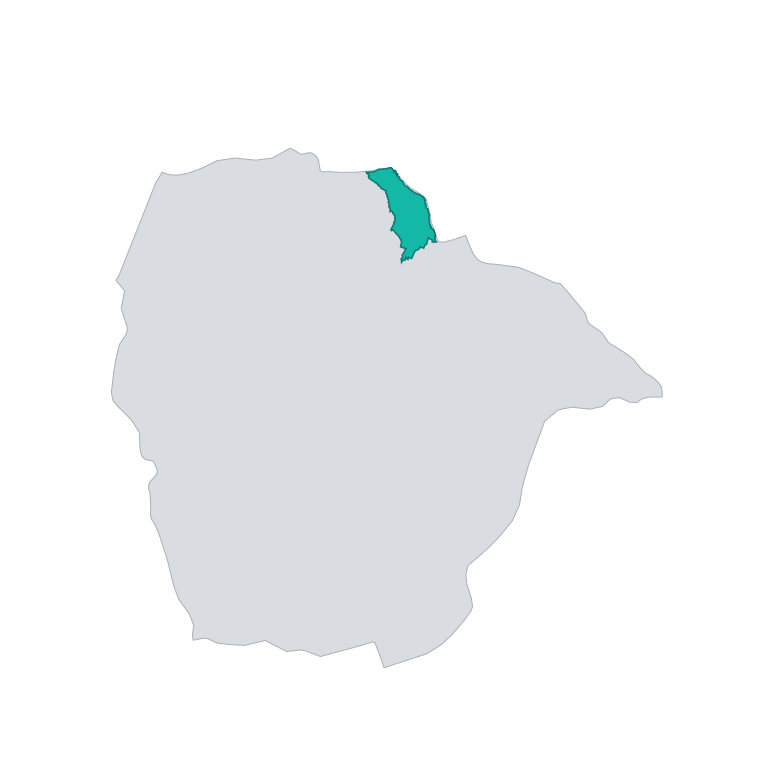 Mangwe, Matabeleland South, Zimbabwe shown in context, rotated 162°
{"feature_id": "62879985B72758591248620", "entity_name": "Mangwe", "entity_type": "district", "adm_level": 2, "iso_a3": "ZWE", "parent_name": "Zimbabwe", "parent_adm1": "Matabeleland South", "projection": "natural_earth1", "projection_center": [28.025, -21.012], "detail": "fine", "context": "in_parent", "style": "filled", "palette": "teal", "viewbox_px": 768, "rotation_deg": 162, "n_neighbors": 0, "source": "geoboundaries", "source_scale": "gbopen_adm2", "svg_char_len": 7937}
<svg xmlns="http://www.w3.org/2000/svg" viewBox="0 0 768 768"><g transform="rotate(162 384 384)"><path d="M529.6,653.9L523.5,649.3L515.3,646.3L504.7,645.0L491.0,645.5L474.1,648.0L456.0,645.0L436.7,636.5L420.6,633.4L401.4,637.1L400.6,637.2L397.3,634.3L392.1,628.1L383.3,627.0L380.9,625.5L379.0,623.2L377.7,620.2L377.2,616.9L378.7,606.6L377.9,605.5L375.5,604.3L370.8,603.0L359.2,598.4L344.7,593.9L321.2,588.9L312.0,587.6L309.9,586.1L307.3,582.3L302.8,570.5L298.5,562.7L288.4,550.7L286.7,546.9L287.2,537.4L288.0,529.7L289.1,523.1L288.6,517.0L288.4,509.4L288.7,504.3L287.4,502.1L283.7,500.5L273.2,499.8L260.5,500.1L260.1,492.4L258.9,480.4L256.5,473.5L253.6,470.0L247.7,466.2L235.9,461.1L219.8,453.3L206.1,441.8L190.3,427.5L185.3,425.0L179.5,411.6L170.5,388.5L171.1,380.9L169.7,377.1L161.1,365.8L159.2,359.9L157.6,354.0L143.8,337.4L139.1,330.2L135.6,320.9L132.0,313.5L129.0,310.5L125.1,305.5L122.3,299.7L121.1,295.4L122.1,289.6L123.4,285.7L136.5,289.8L143.6,290.2L149.2,288.1L156.1,290.9L164.3,298.3L173.3,299.8L183.0,295.1L196.2,296.5L212.7,304.0L226.4,305.5L242.7,298.9L257.2,280.5L270.9,263.2L284.3,243.3L292.5,227.2L304.4,214.1L320.1,204.0L336.1,195.5L360.6,185.0L365.5,176.4L367.1,167.0L367.1,153.9L368.4,145.5L371.0,141.6L375.0,138.6L380.3,134.7L396.4,124.8L410.0,118.4L426.5,114.2L444.5,114.2L461.9,114.2L471.7,114.1L471.8,126.7L472.6,140.9L474.5,142.2L487.5,142.5L508.5,143.5L528.7,144.5L541.5,154.7L545.9,156.9L559.3,159.7L576.3,176.8L596.9,178.4L611.0,183.7L623.4,189.6L630.6,196.6L635.2,198.2L641.5,198.8L644.6,199.4L643.8,204.5L639.6,213.1L640.1,225.4L645.7,242.4L646.4,257.3L644.4,283.5L644.3,308.8L644.9,317.8L645.8,323.8L646.9,327.1L646.7,330.9L643.2,341.5L640.3,352.7L640.2,357.2L639.1,360.3L637.1,363.1L628.1,368.3L626.5,371.5L626.5,377.3L627.6,382.2L631.0,384.0L635.0,386.7L636.6,390.4L636.5,394.2L635.2,401.3L631.5,413.1L635.0,426.6L639.0,435.4L644.4,445.5L646.7,451.8L646.5,456.3L645.7,460.7L637.2,479.2L631.1,490.8L623.7,503.1L614.0,510.9L611.5,514.6L610.5,518.9L610.8,528.1L610.3,537.8L601.9,552.7L606.9,565.5L605.7,566.7L602.9,568.6L591.0,583.0L578.9,597.6L570.0,608.3L560.0,620.4L548.8,634.0L539.2,645.6L529.6,653.9Z" fill="#d9dde1" stroke="#a8b0b8" stroke-width="1"/><path d="M304.2,500.9L302.6,503.1L300.1,503.9L298.4,506.8L296.8,509.3L294.5,506.9L293.7,506.2L294.2,504.1L290.4,502.9L290.8,503.7L290.8,504.1L290.6,504.4L290.9,505.1L290.6,505.5L290.6,505.9L290.7,506.2L290.5,506.6L290.4,507.1L290.0,507.6L290.2,507.9L290.3,508.1L290.1,508.2L290.1,508.5L289.7,508.6L289.7,509.1L289.5,509.3L289.3,509.5L289.1,509.9L289.1,511.5L289.3,511.7L289.4,511.9L289.2,512.2L289.2,512.5L289.1,512.8L289.1,513.1L289.2,513.5L289.1,513.8L289.0,514.1L289.2,514.8L289.2,515.0L289.4,515.4L289.6,515.6L289.7,516.1L289.9,516.0L290.0,516.5L290.5,517.1L290.4,517.2L290.4,517.4L290.9,517.7L290.9,518.0L291.1,518.0L290.8,518.3L290.9,518.5L290.8,518.8L291.0,518.9L291.0,519.0L290.7,519.2L290.6,519.4L290.7,519.6L290.7,520.2L290.8,520.4L291.0,520.4L291.0,520.5L290.9,520.8L291.1,521.0L290.9,521.2L290.8,521.5L291.1,522.0L291.2,522.4L291.2,522.6L291.1,523.1L290.7,523.8L290.5,524.2L290.6,524.5L290.5,524.9L290.3,525.1L290.2,525.5L290.2,526.3L289.9,527.1L289.8,527.8L289.7,527.9L289.7,528.1L289.9,528.6L289.9,528.8L289.6,529.1L289.5,529.6L289.3,529.6L289.2,529.7L289.0,530.2L288.6,530.5L288.4,530.9L288.3,532.0L288.8,533.1L288.8,534.2L288.6,534.6L288.6,535.2L288.5,535.6L288.1,536.3L288.5,537.0L288.6,537.4L289.1,537.8L289.4,538.3L289.4,539.1L289.0,539.9L288.9,540.2L289.0,541.2L289.2,541.5L289.3,541.7L289.1,541.8L288.7,541.9L288.5,542.2L288.6,542.3L288.8,542.7L288.7,542.9L288.7,543.1L289.0,543.5L288.9,544.0L289.1,544.7L288.7,545.3L287.9,545.6L287.8,545.8L287.9,546.0L288.1,546.5L288.1,547.0L288.6,547.7L288.5,548.2L288.4,548.4L288.4,548.6L288.8,548.9L288.8,549.5L289.1,549.9L289.7,550.2L289.8,550.4L289.9,550.7L290.4,551.0L290.6,551.4L290.7,551.8L291.0,552.3L291.6,552.8L292.0,552.9L292.2,553.7L292.3,553.9L292.7,554.1L293.5,554.1L294.1,554.4L294.2,554.5L294.3,555.0L294.8,555.9L295.1,555.9L295.6,555.6L295.9,555.7L296.2,556.3L296.4,556.5L296.6,556.8L296.6,557.1L296.4,557.4L296.4,557.5L296.8,557.6L297.2,557.9L297.4,558.1L297.5,558.7L297.9,559.4L298.4,560.1L298.8,560.4L299.3,560.9L299.5,561.3L299.6,561.8L299.8,562.2L300.1,563.1L300.8,563.9L301.1,564.1L301.1,564.5L301.2,564.9L301.5,565.1L302.3,565.6L302.5,565.8L303.4,567.5L303.6,568.1L303.4,569.0L303.5,569.6L303.5,570.6L304.3,571.9L305.0,572.5L305.3,572.8L305.5,573.6L306.1,574.6L306.1,575.0L305.7,575.7L305.7,576.1L305.9,576.3L306.5,576.8L306.7,577.0L307.1,577.9L307.6,578.3L307.5,578.6L307.3,578.6L306.8,578.4L306.5,578.5L306.3,578.8L306.1,579.4L306.1,579.7L306.3,579.9L307.3,580.0L307.9,580.4L307.9,580.7L307.4,581.1L307.2,581.3L307.1,581.6L307.4,581.9L307.4,582.1L307.0,582.7L307.0,582.9L307.1,583.0L307.3,583.4L307.5,583.6L307.9,583.0L308.1,582.9L308.4,583.0L309.2,582.9L309.3,583.1L309.2,583.2L308.7,583.7L308.7,583.9L308.8,584.2L309.3,584.9L309.6,585.8L309.5,586.2L310.3,587.5L310.5,587.7L311.4,587.7L312.4,588.0L313.5,587.9L314.4,588.3L314.7,588.2L315.3,587.9L315.6,587.9L316.9,588.3L317.2,588.5L318.0,588.7L318.7,589.0L320.5,589.2L322.3,589.9L322.7,589.9L324.1,589.5L324.5,589.5L325.8,589.3L328.2,589.0L328.4,588.8L328.6,588.7L329.1,589.0L329.8,589.3L330.8,589.4L331.8,589.7L332.3,590.2L332.6,590.2L333.3,589.9L333.7,590.1L334.2,590.2L334.6,590.4L335.1,591.1L335.4,591.1L335.4,590.9L335.5,590.7L335.2,589.8L335.1,589.2L334.5,589.2L334.2,588.9L334.1,588.6L333.9,587.7L333.7,587.1L333.7,586.9L333.8,586.7L334.5,586.7L334.7,586.2L334.6,585.3L334.8,585.0L334.8,584.6L334.4,584.0L334.1,583.5L333.4,583.0L333.1,582.7L333.0,582.3L333.0,581.7L332.8,581.2L332.7,581.1L332.2,581.2L331.7,581.1L331.4,580.7L331.2,580.3L330.8,579.7L330.7,579.2L330.6,578.9L330.5,578.5L330.1,578.3L329.8,578.2L329.5,578.1L329.3,577.7L329.2,577.2L329.0,576.9L328.4,576.5L328.3,576.3L328.3,575.7L328.1,575.5L328.0,575.2L328.2,574.7L328.2,574.4L327.9,574.4L327.5,574.5L327.3,574.5L327.2,573.8L326.9,573.5L326.8,573.1L326.5,572.5L326.5,571.4L326.4,571.2L325.8,570.5L325.1,570.0L324.9,569.5L324.3,569.1L324.0,568.6L323.5,567.7L322.7,567.4L322.3,567.1L322.2,566.8L322.2,566.5L322.6,565.7L323.0,565.6L323.2,565.4L323.3,565.1L323.3,564.9L323.0,564.4L322.8,563.8L322.4,563.2L322.8,562.7L322.7,562.3L322.7,562.1L323.2,561.6L323.1,561.4L322.7,561.0L323.0,560.5L323.0,560.4L322.9,559.7L323.1,559.3L323.2,558.8L323.0,558.3L322.8,557.9L322.6,557.6L322.7,557.0L322.8,556.8L323.5,556.2L323.8,555.5L323.8,554.7L323.6,554.1L323.7,553.6L323.6,553.3L323.3,552.9L323.6,552.6L323.6,552.2L324.1,552.0L324.3,551.7L324.6,551.3L324.5,551.2L324.3,550.6L324.3,550.2L324.2,550.0L323.9,549.9L323.8,549.4L323.9,549.2L324.0,549.3L324.3,549.0L324.2,548.5L324.2,548.2L324.1,547.9L324.1,547.7L324.0,547.1L324.3,547.1L324.7,546.9L324.6,546.6L324.8,546.1L324.4,546.3L322.6,545.4L322.9,543.9L322.1,541.4L322.0,541.2L321.9,541.1L321.7,541.1L321.6,540.6L321.7,540.2L321.9,539.7L322.3,539.0L322.7,538.6L322.6,538.4L322.6,538.1L322.4,537.7L322.6,537.6L322.7,537.2L322.8,537.1L322.9,536.7L322.9,536.4L323.0,536.2L323.2,535.9L323.6,535.8L323.9,535.5L324.0,535.2L324.0,534.9L324.2,534.7L324.8,534.5L325.0,534.3L324.9,533.8L324.9,533.5L325.3,533.1L329.9,528.5L329.6,528.1L329.4,527.9L329.4,527.5L329.1,527.5L328.4,527.9L328.2,527.9L328.1,527.7L327.8,527.7L327.7,527.6L327.2,526.7L326.9,525.7L326.8,525.3L326.6,524.8L326.4,524.1L326.1,523.6L326.1,523.2L325.6,522.9L325.6,522.6L325.3,522.2L325.3,521.9L324.9,521.3L324.6,520.7L324.6,520.4L324.4,520.1L324.1,518.6L323.9,518.4L323.8,517.6L323.7,517.2L323.7,516.7L323.5,516.2L323.6,515.9L323.5,515.6L323.3,515.5L323.3,514.0L325.9,509.3L321.3,505.9L322.4,505.0L322.6,504.9L324.1,503.2L326.9,501.0L327.1,498.8L329.1,497.7L329.3,495.9L329.7,494.3L327.6,496.0L325.9,495.5L325.5,495.3L324.8,496.7L324.0,498.0L323.7,496.5L322.7,495.0L321.6,497.0L319.0,494.8L315.9,498.2L314.0,500.4L313.7,500.7L312.7,501.1L309.0,501.5L308.4,501.9L307.4,503.2L304.2,500.9Z" fill="#14b8a6" stroke="#0f766e" stroke-width="1.5"/></g></svg>